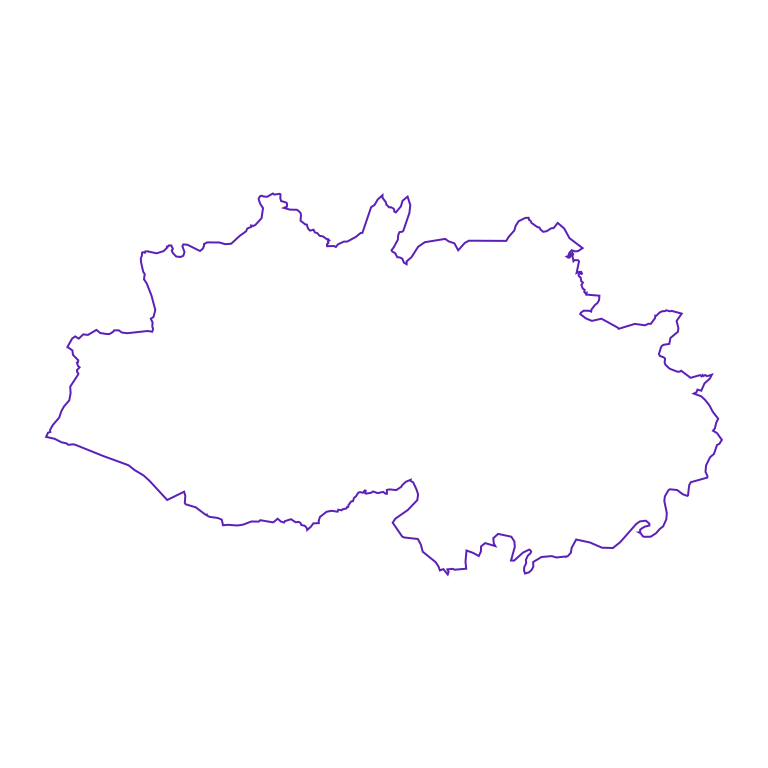 Zontecomatlán de López y Fuentes, Veracruz, Mexico (Mercator projection)
{"feature_id": "50627088B36789256479766", "entity_name": "Zontecomatlán de López y Fuentes", "entity_type": "district", "adm_level": 2, "iso_a3": "MEX", "parent_name": "Mexico", "parent_adm1": "Veracruz", "projection": "mercator", "projection_center": [-98.302, 20.736], "detail": "fine", "context": "isolated", "style": "outline", "palette": "violet", "viewbox_px": 768, "rotation_deg": 0, "n_neighbors": 0, "source": "geoboundaries", "source_scale": "gbopen_adm2", "svg_char_len": 6092}
<svg xmlns="http://www.w3.org/2000/svg" viewBox="0 0 768 768"><path d="M286.9,206.6L287.1,204.1L286.4,202.6L281.1,201.0L280.3,198.1L280.5,194.4L279.7,193.8L274.3,194.6L272.9,193.5L267.1,196.8L263.5,196.5L261.8,195.7L260.1,196.2L258.7,198.6L258.8,199.8L260.2,203.8L263.0,208.1L261.6,218.1L255.5,224.8L253.6,225.9L251.1,225.5L251.3,226.9L247.3,228.5L246.1,231.3L239.9,235.7L231.2,243.7L225.3,244.2L219.4,242.5L207.1,242.4L204.0,244.1L204.0,245.9L202.7,248.8L200.0,251.0L187.5,244.8L183.3,244.4L182.4,246.3L184.5,252.1L183.3,255.8L180.5,257.0L176.2,256.5L172.9,253.1L171.7,250.6L172.9,248.9L171.2,245.4L168.7,245.5L168.3,246.4L166.9,246.6L167.0,247.8L163.6,251.1L156.6,253.3L147.4,251.3L145.2,251.5L144.9,252.7L143.0,252.2L141.9,252.9L142.0,255.2L140.8,258.6L141.1,262.4L143.2,271.8L144.7,274.0L144.0,279.3L146.7,283.4L151.5,295.6L155.3,310.0L153.5,317.0L150.8,318.7L152.6,322.5L152.3,326.5L153.1,329.1L152.2,331.7L147.5,331.0L127.5,333.2L122.0,332.6L118.7,330.3L115.4,330.3L113.9,330.5L113.2,331.8L109.3,334.1L106.4,334.0L100.2,333.0L96.4,329.9L88.0,334.9L83.2,334.4L78.8,338.6L75.2,336.4L72.2,338.5L67.4,347.0L72.4,350.4L73.0,354.9L78.3,360.3L77.9,362.3L76.9,362.6L77.9,365.8L79.6,367.3L77.0,370.1L77.0,371.7L78.3,373.4L78.2,374.4L70.2,386.7L70.6,393.2L69.3,400.3L64.2,406.2L61.5,410.8L59.2,417.6L52.9,424.9L50.0,430.1L50.3,432.0L48.0,432.7L46.1,436.9L54.7,438.8L61.5,442.3L66.5,443.4L68.3,444.8L73.6,444.3L75.8,445.0L103.7,456.2L128.6,465.3L134.5,470.0L143.5,475.4L149.4,480.7L167.2,500.0L184.1,491.7L185.3,495.8L184.8,503.0L185.7,504.3L195.7,507.3L205.7,514.8L206.8,514.5L207.2,515.6L209.4,516.8L217.9,518.0L221.8,519.7L223.0,525.3L227.9,524.8L237.5,525.5L243.2,524.6L251.4,521.5L258.7,521.6L260.3,520.2L272.6,522.3L273.7,522.1L277.6,518.7L281.0,521.6L284.1,522.5L284.8,521.2L291.0,519.2L295.7,522.3L298.8,521.9L300.5,522.9L301.3,525.0L304.9,525.8L307.0,528.5L307.2,530.0L310.9,526.7L313.3,523.4L318.8,523.1L318.7,521.0L319.9,517.0L326.5,511.8L331.4,510.8L337.6,511.7L338.3,509.7L341.7,510.3L342.6,509.3L346.4,508.5L347.0,507.1L348.2,506.9L348.5,505.1L351.2,501.4L352.9,501.2L354.1,497.8L355.9,496.4L358.3,492.7L360.0,492.1L362.9,492.8L364.9,490.4L365.7,490.7L365.3,493.3L366.3,493.6L371.0,492.8L373.0,491.5L377.7,493.1L383.2,491.9L385.7,493.8L387.0,493.7L386.8,489.9L389.8,489.4L396.2,490.1L401.3,486.8L401.9,485.5L405.8,481.8L410.6,479.8L410.4,480.8L413.2,482.4L416.5,489.5L418.1,494.5L417.3,500.1L407.8,510.0L395.3,518.7L392.7,522.7L402.3,536.7L404.4,537.5L417.9,539.0L420.9,544.7L422.7,551.7L435.6,562.1L438.5,566.5L439.9,570.4L443.4,569.1L447.7,574.5L448.6,571.9L447.4,569.4L452.7,568.8L454.7,569.7L466.2,568.7L465.5,561.6L466.5,550.5L473.1,552.9L478.8,556.0L480.9,551.5L481.1,546.4L485.1,543.1L495.3,546.1L493.8,543.4L493.3,538.2L498.1,533.9L511.3,536.7L514.4,541.5L514.8,546.9L511.0,560.5L514.1,560.6L523.1,552.5L529.2,549.6L530.5,550.4L531.2,551.7L530.5,553.2L527.8,555.7L525.9,559.8L526.2,563.1L524.2,567.3L524.0,570.2L525.0,573.5L529.1,572.3L531.7,569.8L533.3,566.7L533.2,562.0L541.5,557.0L551.8,556.1L556.4,557.5L565.4,556.5L565.7,556.9L567.9,556.0L570.9,552.7L571.6,547.9L576.2,539.5L590.0,542.5L602.0,547.7L612.9,548.0L620.3,542.1L636.1,524.1L639.9,521.4L645.9,520.7L649.3,523.6L649.4,525.5L644.9,526.6L641.9,528.3L640.1,529.8L640.2,532.1L638.8,532.3L640.8,533.4L642.8,536.3L644.3,536.8L650.7,536.7L656.1,533.2L659.8,528.9L663.1,526.4L666.3,519.3L666.8,513.0L664.3,501.0L664.9,496.3L668.5,490.1L669.8,489.3L677.1,490.0L682.9,494.3L687.3,495.9L688.0,495.4L689.2,485.1L690.8,482.2L707.3,477.6L707.4,476.0L705.5,471.9L706.1,465.3L710.1,457.2L714.0,453.9L717.0,445.0L719.3,443.9L721.9,439.9L717.0,433.1L713.0,430.7L714.9,428.4L716.2,422.8L718.2,418.8L712.6,411.5L709.5,405.5L704.9,399.7L701.2,396.3L693.8,393.6L696.5,392.2L697.5,389.6L701.3,390.7L704.5,383.4L709.8,378.6L711.9,374.7L706.9,376.2L705.3,375.0L703.5,376.0L702.6,375.0L701.6,376.4L700.1,375.1L690.6,377.8L681.1,370.7L679.7,371.7L677.3,371.7L669.7,368.7L665.5,364.9L664.6,362.4L665.1,358.6L663.7,357.3L659.9,356.0L658.9,354.1L661.0,347.3L662.1,345.7L663.6,344.8L669.3,343.9L670.4,338.0L677.9,331.8L678.4,328.2L676.6,321.0L681.7,313.6L671.7,310.9L669.8,311.3L666.4,310.3L665.0,311.1L662.4,311.2L659.6,312.5L656.4,315.7L655.3,315.6L655.0,318.2L650.9,323.8L648.4,323.8L645.0,325.3L634.8,323.9L618.7,328.8L617.7,327.6L601.5,318.7L591.9,320.9L585.7,318.3L580.2,314.0L580.8,312.8L583.7,310.7L589.3,310.8L591.2,311.6L591.5,309.5L594.7,305.3L597.6,302.8L599.1,300.0L599.4,295.7L586.2,294.6L586.6,292.7L585.2,293.0L584.2,291.8L584.7,289.9L582.8,288.6L581.4,285.1L582.9,282.5L581.2,281.1L580.7,277.7L578.8,276.0L578.6,274.3L580.2,273.2L581.5,274.0L582.0,273.5L581.1,271.8L578.1,272.1L576.6,272.9L579.0,261.5L578.3,260.3L576.4,260.2L574.6,260.1L573.5,261.2L572.4,255.8L573.2,254.2L572.3,252.8L570.4,254.8L570.4,256.5L569.5,257.6L568.2,257.6L566.8,256.6L568.2,256.2L569.3,252.9L571.8,250.2L574.9,251.4L578.0,251.1L582.6,248.1L569.5,238.2L564.2,228.5L557.7,222.9L553.6,228.1L551.2,228.3L546.7,231.2L543.2,231.8L540.6,229.6L539.5,227.6L537.1,226.9L531.5,222.9L530.6,220.9L529.0,219.8L528.7,217.8L525.4,217.9L518.6,221.2L515.7,225.8L514.3,230.5L508.4,237.2L506.3,240.9L468.9,240.7L464.8,242.9L458.2,250.3L454.4,243.3L448.7,241.4L445.2,238.9L424.8,242.2L418.1,246.8L411.4,257.3L406.7,261.3L406.6,264.2L403.9,262.6L402.3,258.7L399.6,257.4L397.3,257.2L395.2,253.2L392.3,251.6L391.5,250.2L393.7,247.4L397.8,239.8L398.2,235.1L399.5,232.1L402.3,231.7L403.3,230.8L409.4,212.9L410.3,205.2L407.6,196.6L402.6,200.7L400.9,206.4L395.8,212.4L394.2,211.5L394.2,209.7L393.5,208.6L390.9,207.2L389.2,207.4L386.4,204.6L385.8,202.1L382.5,197.8L382.5,195.2L377.7,199.5L374.5,205.0L371.1,207.2L362.4,232.9L360.6,233.0L356.0,236.8L347.2,241.6L343.9,241.6L339.7,243.5L337.7,244.6L335.9,247.0L333.9,246.0L327.1,246.2L327.0,244.2L328.3,243.2L327.8,241.2L329.3,240.5L328.2,239.2L326.4,238.9L323.0,236.4L319.6,235.8L317.4,233.2L314.9,232.4L313.5,229.7L310.2,230.6L309.0,229.8L307.6,227.6L306.9,224.6L305.2,224.4L300.5,220.6L301.0,215.5L300.6,213.1L299.6,211.9L297.1,209.8L289.8,209.6L283.9,207.9L286.9,206.6Z" fill="none" stroke="#5b21b6" stroke-width="2"/></svg>